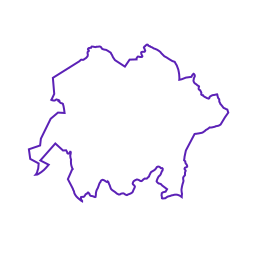 outline of San Mateo Piñas, Oaxaca, Mexico, rotated 111°
{"feature_id": "50627088B69367718674541", "entity_name": "San Mateo Piñas", "entity_type": "district", "adm_level": 2, "iso_a3": "MEX", "parent_name": "Mexico", "parent_adm1": "Oaxaca", "projection": "robinson", "projection_center": [-96.334, 15.975], "detail": "fine", "context": "isolated", "style": "outline", "palette": "violet", "viewbox_px": 256, "rotation_deg": 111, "n_neighbors": 0, "source": "geoboundaries", "source_scale": "gbopen_adm2", "svg_char_len": 5761}
<svg xmlns="http://www.w3.org/2000/svg" viewBox="0 0 256 256"><g transform="rotate(111 128 128)"><path d="M173.2,53.1L171.8,53.6L170.8,53.8L169.9,54.1L169.0,54.7L167.9,55.3L166.4,56.0L165.5,56.2L162.9,56.7L160.4,57.0L159.6,57.0L158.3,57.1L157.3,57.3L156.5,57.9L155.7,58.2L155.0,58.6L154.2,58.7L153.3,58.5L152.4,58.2L151.8,57.9L150.2,58.4L149.3,58.8L148.2,58.9L147.7,58.8L147.1,58.9L146.8,59.3L146.4,60.1L145.9,60.6L144.7,60.6L143.5,59.3L142.9,58.9L142.3,59.1L141.7,59.6L141.1,60.2L140.7,61.0L140.2,61.7L139.5,62.1L139.0,62.5L138.6,62.6L138.0,64.1L136.0,64.5L134.6,64.9L128.3,65.9L109.8,63.7L109.2,62.9L108.9,62.1L108.5,61.5L107.9,60.4L106.0,57.3L105.2,56.5L103.1,55.1L102.1,54.7L101.4,54.1L100.3,53.2L98.6,52.2L98.2,52.0L98.0,51.1L97.4,49.9L95.7,47.4L94.9,46.7L93.7,44.7L93.1,44.0L91.6,42.8L83.2,41.3L77.7,39.9L75.2,41.9L75.2,43.3L75.0,44.8L75.0,45.9L74.8,46.3L74.3,47.1L73.6,48.2L73.4,48.7L73.0,49.2L72.4,50.5L71.9,50.8L70.7,52.2L69.2,52.8L68.4,53.3L67.6,54.7L65.3,56.4L64.8,56.6L64.6,56.9L65.0,57.5L66.1,59.1L66.5,59.8L66.9,60.6L67.7,61.5L69.1,62.6L69.8,62.9L70.5,62.9L70.9,62.8L71.3,62.9L71.7,63.3L71.7,63.9L71.8,65.1L71.5,66.8L71.5,67.5L71.2,68.6L71.0,69.4L70.5,69.8L70.7,70.6L70.7,71.2L70.4,71.7L68.9,72.1L67.9,73.0L67.2,73.9L66.9,74.1L66.8,74.8L66.7,75.4L66.5,75.8L66.1,76.1L65.6,76.3L63.7,76.6L63.4,77.3L63.4,78.2L63.0,79.2L62.7,80.0L62.6,80.8L62.3,81.7L61.9,82.5L61.1,83.3L60.6,83.7L60.2,83.9L58.8,84.1L58.3,84.3L55.6,84.2L54.7,84.7L53.9,85.9L53.9,86.3L55.9,87.0L57.5,87.1L60.2,92.0L63.3,95.4L64.6,97.4L63.3,97.8L62.1,98.3L59.5,99.5L58.5,100.1L57.6,100.6L55.4,102.0L52.1,104.9L50.8,106.6L49.5,108.1L49.6,110.6L49.0,114.1L48.3,117.3L48.0,119.8L46.2,123.8L45.5,124.9L45.0,126.4L44.5,128.8L44.4,131.2L44.5,132.5L44.1,134.2L44.1,136.1L44.0,136.7L43.8,136.8L43.9,137.9L43.9,138.4L43.5,138.9L43.2,139.3L43.2,139.8L43.5,140.4L44.2,140.8L44.9,141.2L45.5,141.3L46.0,141.8L46.7,142.0L47.3,142.0L48.0,141.1L49.7,139.6L50.6,139.7L51.0,140.0L51.7,141.8L52.1,142.4L52.7,142.8L53.2,142.6L54.2,142.0L55.3,140.9L55.8,140.3L56.3,140.3L56.7,140.5L57.1,141.3L57.4,142.3L57.5,143.4L57.7,144.3L58.2,144.6L60.0,145.0L60.9,144.6L63.6,151.0L71.8,152.9L69.3,164.5L67.3,167.4L65.5,169.2L64.8,170.2L63.9,171.1L63.2,174.4L62.9,176.4L63.3,178.3L63.4,179.9L63.3,180.7L62.5,181.7L62.1,182.4L62.0,183.2L62.1,183.8L63.0,185.4L63.4,186.5L64.0,187.0L64.1,187.4L64.3,188.0L64.5,189.3L64.5,189.6L64.7,190.2L65.0,191.1L65.6,191.3L66.4,191.3L66.7,192.0L67.5,193.3L68.1,193.6L68.5,193.7L68.9,193.6L69.1,193.4L69.4,192.6L69.6,192.4L69.9,192.3L70.2,192.2L70.6,192.3L70.9,192.7L71.6,192.9L72.7,192.6L73.6,191.9L75.1,191.5L75.6,191.5L76.5,191.8L77.6,192.2L79.7,193.7L80.1,193.9L80.5,194.4L80.8,195.5L80.9,196.0L81.2,196.4L83.1,197.3L108.1,216.1L122.6,209.1L128.3,209.5L129.2,209.7L129.3,208.8L129.0,207.2L128.7,206.4L128.3,206.0L127.2,205.3L126.9,204.8L127.0,204.3L126.9,203.7L126.8,203.2L126.9,202.1L127.2,201.8L127.7,201.9L127.9,202.1L128.3,200.9L128.7,200.1L128.8,199.5L128.6,198.5L128.8,197.4L129.3,197.1L130.6,196.1L133.4,194.4L136.7,192.6L138.7,198.9L147.1,203.5L169.2,205.5L175.8,203.8L183.4,212.9L191.9,208.2L193.1,198.7L198.0,197.3L200.1,197.2L201.8,197.0L203.5,197.1L204.7,197.5L204.3,196.7L203.8,195.8L202.7,194.9L200.3,193.2L197.4,191.5L194.6,190.3L190.7,188.9L189.7,198.2L168.5,190.3L172.3,180.6L171.0,177.8L172.2,176.3L173.3,175.5L173.4,175.0L173.3,174.5L173.0,174.1L172.6,173.8L172.0,173.7L170.9,173.5L170.8,173.1L171.4,172.6L173.2,172.2L174.3,172.1L176.5,171.0L177.7,170.0L178.2,169.7L179.2,169.5L180.1,169.1L181.8,168.4L183.4,167.4L185.4,165.8L186.1,164.9L187.5,165.4L189.1,165.4L197.3,165.8L202.6,159.8L204.5,157.7L205.7,156.7L206.4,155.8L208.0,154.8L209.1,153.6L210.4,151.7L211.3,149.7L212.6,145.8L212.8,144.6L212.5,144.7L211.7,145.9L211.1,146.5L210.2,146.9L209.4,147.1L208.8,146.3L208.2,144.8L207.9,144.5L206.5,144.0L205.0,143.8L204.4,143.2L204.0,142.8L203.4,142.7L202.5,142.2L202.6,141.7L202.8,141.3L203.3,140.4L203.8,140.2L204.2,139.6L204.6,139.0L204.7,138.4L204.6,138.0L204.3,136.4L204.3,135.9L204.4,134.6L204.3,134.0L203.9,133.6L203.2,133.8L202.1,134.0L201.1,134.3L200.8,134.5L199.4,134.8L198.5,134.9L197.5,135.0L196.2,134.9L195.3,134.7L194.2,134.7L193.0,134.7L190.5,134.8L189.2,134.7L188.5,134.4L187.4,134.4L186.8,134.3L186.2,133.9L185.5,133.2L185.4,132.6L185.4,131.6L185.7,129.8L186.0,128.7L185.8,128.0L185.7,127.6L185.2,127.6L185.6,126.8L186.0,126.5L186.6,126.1L188.1,124.5L189.1,123.7L190.5,122.5L191.1,121.8L191.7,120.3L192.3,117.6L192.7,116.3L193.2,115.0L193.4,112.8L193.0,111.8L192.4,111.4L191.7,110.8L191.1,109.8L190.7,109.0L190.7,108.0L191.0,107.1L191.1,106.2L191.1,105.2L190.9,104.8L190.6,104.6L190.0,104.1L188.9,102.8L188.0,101.9L187.1,101.2L186.0,100.7L183.8,100.7L181.7,100.5L180.4,100.5L179.5,101.3L179.2,102.2L178.7,103.3L178.2,103.7L177.3,103.8L176.5,103.8L175.6,103.6L175.1,103.3L174.7,102.9L174.0,102.5L173.6,102.0L172.9,101.3L172.7,100.5L172.7,98.9L172.8,98.4L173.0,97.7L172.9,96.8L172.7,96.3L171.5,95.6L170.8,95.4L169.2,94.3L168.8,92.9L168.5,92.5L168.2,92.1L167.1,91.8L166.6,91.4L165.6,91.0L164.5,91.1L163.6,91.0L162.7,90.9L162.0,90.9L161.3,90.7L160.7,90.6L159.9,89.9L159.3,89.4L158.6,88.9L157.8,88.2L155.9,87.4L154.2,87.1L153.2,86.1L153.0,85.1L153.1,84.2L153.4,83.6L153.7,82.9L153.5,82.5L153.2,81.7L153.7,80.9L154.8,80.6L155.6,80.6L156.1,80.9L159.5,80.9L160.5,81.1L161.2,81.4L162.2,82.0L164.5,82.3L166.5,82.3L167.5,82.2L168.0,81.6L168.5,80.5L168.8,79.5L168.6,78.4L168.6,77.1L169.4,75.6L171.1,69.6L174.0,70.1L174.5,70.9L175.5,72.3L176.2,72.8L176.7,73.1L177.9,72.8L178.8,72.6L179.6,72.0L180.6,71.5L181.4,71.1L181.4,70.4L181.0,69.6L180.2,68.0L178.8,67.1L178.1,66.6L177.6,66.1L176.9,65.1L176.2,64.1L175.7,63.6L175.3,63.2L174.6,62.0L173.7,60.8L173.2,59.8L172.8,58.7L172.6,57.6L172.6,55.5L173.2,53.1Z" fill="none" stroke="#5b21b6" stroke-width="2"/></g></svg>